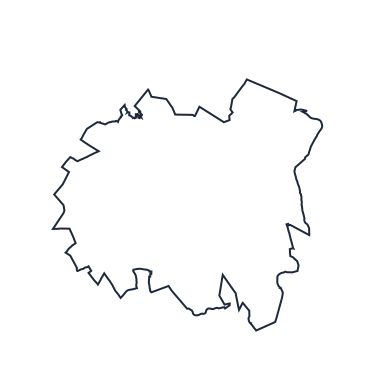 Tuxtla Gutiérrez, Chiapas, Mexico, rotated 24°
{"feature_id": "50627088B93662357554610", "entity_name": "Tuxtla Gutiérrez", "entity_type": "district", "adm_level": 2, "iso_a3": "MEX", "parent_name": "Mexico", "parent_adm1": "Chiapas", "projection": "albers", "projection_center": [-93.125, 16.745], "detail": "fine", "context": "isolated", "style": "outline", "palette": "slate", "viewbox_px": 384, "rotation_deg": 24, "n_neighbors": 0, "source": "geoboundaries", "source_scale": "gbopen_adm2", "svg_char_len": 5916}
<svg xmlns="http://www.w3.org/2000/svg" viewBox="0 0 384 384"><g transform="rotate(24 192 192)"><path d="M264.1,71.1L258.3,72.2L253.7,74.8L253.7,75.5L252.7,76.6L250.6,66.4L230.4,66.2L196.3,66.9L195.8,72.1L194.8,75.9L192.1,88.2L191.1,90.6L193.1,98.6L193.3,100.7L196.8,102.9L195.0,107.2L197.1,111.0L192.7,115.3L187.7,114.5L164.1,111.1L163.8,121.3L162.7,121.7L161.5,121.2L158.1,122.6L145.2,128.1L139.8,123.0L137.2,121.5L136.8,121.2L130.7,117.5L116.2,121.5L111.3,116.9L110.2,116.3L104.9,136.0L104.7,136.8L111.3,139.2L111.0,139.5L111.8,139.9L111.7,140.0L111.3,139.9L111.1,140.3L111.8,140.6L111.7,140.8L114.9,141.8L115.0,142.1L114.6,143.4L114.4,143.3L114.7,143.9L115.2,144.4L114.4,144.2L114.2,145.8L112.9,145.9L112.8,143.6L112.1,143.6L110.6,142.9L109.0,143.8L109.6,144.9L109.8,144.8L109.7,144.6L110.1,144.6L110.1,145.3L110.7,145.2L110.6,146.4L110.5,147.0L110.4,147.3L110.2,147.3L109.8,147.8L109.4,147.4L109.2,147.5L108.9,147.6L108.6,147.8L108.0,148.4L107.9,148.5L107.4,148.0L105.0,147.3L103.5,147.5L103.4,147.3L103.2,147.1L103.2,146.8L102.9,145.9L102.5,144.9L102.2,145.1L101.6,144.9L101.1,145.1L100.7,145.6L100.8,145.0L100.2,144.7L98.3,143.8L98.6,142.9L96.3,141.7L95.1,139.9L93.1,146.1L93.9,147.0L95.6,149.1L95.8,149.3L96.3,149.7L97.3,150.0L97.5,149.9L97.2,150.3L96.6,151.2L96.2,152.1L96.3,152.2L96.7,152.6L95.8,155.1L95.7,156.3L95.8,157.0L95.9,158.1L94.8,157.8L93.7,157.9L93.1,158.8L90.6,160.0L89.1,161.4L88.6,161.5L86.9,163.2L85.3,165.5L79.5,166.2L79.4,165.8L77.7,166.7L77.1,166.7L70.3,177.1L69.5,184.6L69.5,186.6L69.0,189.4L78.3,191.1L90.2,192.7L89.7,193.3L88.3,194.8L86.7,196.6L85.5,198.1L84.8,198.9L83.9,200.0L82.2,202.1L82.1,202.4L79.8,204.8L78.7,206.3L78.3,206.5L78.2,206.6L76.7,208.3L74.8,210.5L72.1,210.2L69.9,209.6L69.7,209.7L69.1,209.8L67.6,209.7L66.6,209.7L64.8,215.1L63.6,220.0L63.1,222.1L71.5,223.8L70.8,237.5L67.1,250.3L80.0,256.3L82.9,260.7L83.2,263.6L80.0,282.3L80.9,281.9L82.1,281.3L84.4,280.2L86.8,278.8L87.9,278.3L89.1,277.9L95.0,275.3L101.7,281.3L106.5,286.1L104.6,289.2L103.2,292.3L102.8,293.1L102.4,294.2L102.1,295.4L102.0,296.6L101.6,297.7L101.2,298.8L106.6,299.6L117.6,308.0L118.0,309.1L118.4,309.9L118.9,310.4L119.4,310.8L119.9,310.4L120.7,309.5L121.9,308.0L123.4,306.8L124.2,306.2L124.6,305.0L125.4,304.1L126.4,303.7L126.9,303.2L127.3,302.7L127.7,302.0L132.0,305.0L130.4,308.0L138.5,312.4L142.7,314.2L143.7,314.8L143.8,313.7L144.2,309.7L144.2,309.0L144.2,308.5L144.3,307.8L144.3,307.1L144.4,306.4L144.5,305.7L144.9,302.0L150.8,305.6L152.9,306.6L153.4,307.0L156.8,309.2L157.7,309.9L162.1,313.5L165.9,315.3L169.9,317.8L170.8,315.3L171.2,313.8L171.7,312.2L172.2,310.0L172.7,308.9L173.1,308.2L174.2,307.1L177.4,305.0L180.8,302.2L179.6,300.9L178.7,299.2L178.3,297.2L177.4,295.8L176.6,294.0L175.4,292.3L174.3,290.9L173.1,289.9L171.1,288.6L170.2,287.8L170.1,286.8L171.3,286.0L172.7,284.9L174.7,283.8L176.4,283.0L178.2,282.6L180.1,282.1L182.3,281.4L183.7,281.2L185.2,281.3L185.5,281.9L186.4,281.5L187.3,281.2L188.1,283.3L187.2,283.6L188.2,286.3L187.3,286.7L189.2,291.7L189.2,291.8L189.5,292.5L191.3,295.0L192.5,297.2L193.3,298.0L193.9,299.3L194.6,299.5L194.9,299.9L195.4,300.2L195.9,300.0L208.8,287.4L213.9,290.6L235.0,300.6L236.1,299.9L237.1,300.0L238.6,300.1L239.4,300.3L239.9,300.2L240.7,300.8L241.3,301.2L242.2,302.4L243.1,303.1L244.2,303.3L245.4,303.2L246.5,302.8L247.5,302.2L248.6,301.1L249.9,299.5L250.7,299.0L251.9,298.8L252.6,298.2L253.3,297.4L253.5,296.7L253.3,295.3L253.2,293.9L253.7,292.5L254.5,291.7L255.9,291.1L258.1,290.7L259.2,290.2L260.1,289.1L261.0,288.3L261.6,287.8L262.4,287.5L263.7,287.5L268.2,284.1L269.1,284.5L269.6,284.9L272.5,280.1L271.8,278.5L267.5,281.6L259.1,275.5L253.8,255.2L263.9,261.3L269.3,264.5L273.0,266.7L281.2,278.3L282.9,280.6L283.1,277.5L283.3,273.1L283.4,272.6L290.6,276.2L292.6,277.2L295.0,282.2L294.9,283.9L295.1,284.6L295.3,285.0L295.7,285.5L296.1,286.2L297.3,287.4L298.2,288.0L299.2,287.9L299.1,288.3L300.3,288.9L301.1,289.2L301.8,289.6L302.5,290.1L303.2,290.4L303.5,290.6L304.4,291.2L304.7,291.3L305.5,291.7L306.0,291.8L306.5,292.0L306.8,292.2L307.0,292.4L320.9,276.9L320.7,275.9L320.5,273.3L317.2,251.6L316.7,249.9L316.2,247.9L316.1,247.3L315.9,247.0L312.1,243.5L311.5,243.8L311.5,243.5L310.3,243.1L309.2,242.6L307.8,241.3L307.3,240.8L306.7,239.9L305.2,236.4L304.7,235.2L304.4,234.2L304.6,232.7L305.4,231.2L305.9,230.5L306.2,230.0L307.6,228.8L308.8,228.1L309.4,227.0L310.0,226.7L310.9,226.8L312.1,226.4L316.5,224.5L320.5,221.2L319.2,215.7L316.1,212.3L314.9,212.0L313.4,211.5L312.7,211.4L312.7,211.2L310.9,210.6L308.3,210.5L308.0,210.6L307.4,209.7L307.1,209.2L306.6,208.3L304.6,204.4L305.9,203.2L306.9,202.6L307.1,202.5L307.6,202.4L307.2,202.1L301.8,195.4L301.5,195.1L300.4,193.7L299.3,192.3L297.8,190.2L296.5,188.9L295.4,187.5L293.2,184.8L291.5,183.1L292.9,182.0L294.0,183.1L294.7,182.5L295.2,182.1L316.6,183.7L316.1,182.4L314.8,179.8L314.1,178.2L313.4,177.1L312.5,176.3L310.8,174.9L309.8,174.4L308.9,174.3L308.1,174.1L307.3,173.5L306.5,172.7L305.9,171.9L305.6,170.7L304.6,169.2L302.6,166.7L301.7,165.5L300.5,164.3L299.8,163.0L299.0,161.6L298.5,160.7L298.2,160.1L297.6,159.7L297.2,159.1L297.1,158.2L296.7,157.4L296.4,156.4L295.8,155.6L295.4,155.2L295.2,154.6L294.8,154.1L294.4,152.8L293.9,151.8L293.4,151.2L292.7,150.4L292.4,149.7L291.6,149.3L290.9,148.8L290.3,147.3L289.4,146.0L288.5,144.7L287.5,143.5L286.9,142.9L286.3,142.4L285.6,141.7L285.0,141.1L284.5,140.4L284.1,139.8L283.4,139.0L282.4,138.3L280.7,136.0L277.8,132.5L277.1,131.3L277.0,130.8L276.4,127.4L281.7,115.9L281.6,115.2L281.3,114.4L282.0,112.7L283.0,110.7L283.1,109.5L282.7,107.7L282.5,105.5L282.4,104.3L282.1,102.1L282.8,93.2L283.3,89.8L283.1,88.6L283.5,86.5L283.7,84.9L284.2,82.8L284.5,81.0L284.4,79.6L284.2,78.9L283.8,78.3L283.3,77.5L282.8,76.9L281.6,75.6L280.6,74.9L279.9,74.6L278.1,74.4L276.5,74.6L274.7,75.1L273.3,75.6L272.0,75.8L270.8,75.9L269.7,75.8L268.1,75.2L266.0,74.5L265.0,74.0L262.6,74.0L261.4,73.7L260.5,73.7L264.1,71.1Z" fill="none" stroke="#1e293b" stroke-width="2"/></g></svg>